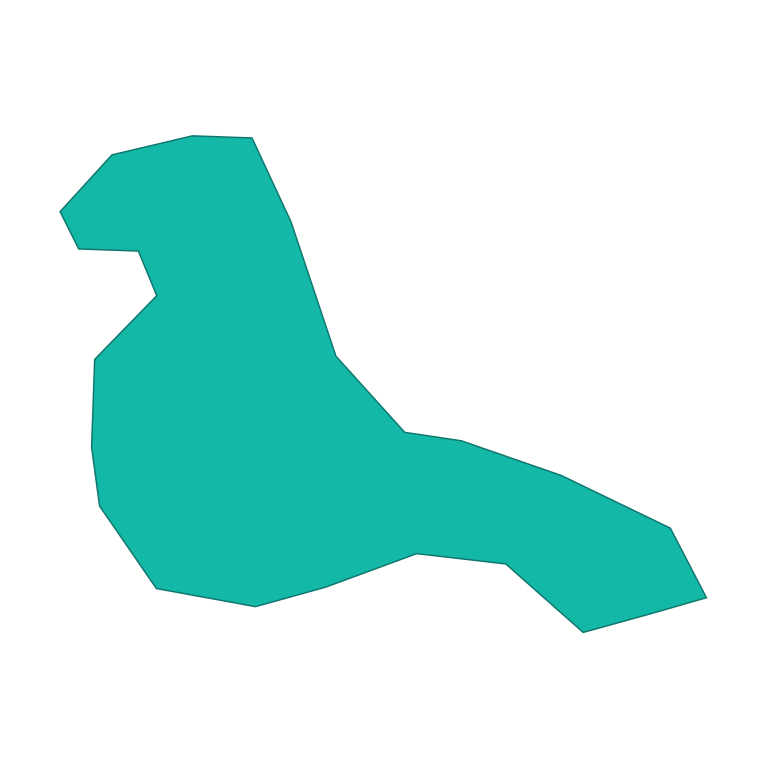 the District of Obilić, rotated 92°
{"feature_id": "KOS-5900", "entity_name": "Obilić", "entity_type": "District", "adm_level": 1, "iso_a3": "XKX", "parent_name": "Kosovo", "parent_adm1": "", "projection": "orthographic", "projection_center": [21.04, 42.71], "detail": "fine", "context": "isolated", "style": "filled", "palette": "teal", "viewbox_px": 768, "rotation_deg": 92, "n_neighbors": 0, "source": "natural_earth", "source_scale": "10m", "svg_char_len": 467}
<svg xmlns="http://www.w3.org/2000/svg" viewBox="0 0 768 768"><g transform="rotate(92 384 384)"><path d="M586.3,54.3L603.4,106.7L625.3,176.3L559.6,256.0L552.4,345.5L589.0,435.1L611.0,504.7L596.4,604.3L515.9,664.0L457.4,674.0L369.5,674.0L303.7,614.2L259.7,634.1L259.7,693.8L223.1,713.7L164.5,663.9L142.7,584.2L142.7,524.5L225.2,482.6L357.9,433.0L431.6,361.6L438.1,304.6L469.3,203.5L518.1,92.8L586.3,54.3Z" fill="#14b8a6" stroke="#0f766e" stroke-width="1.5"/></g></svg>